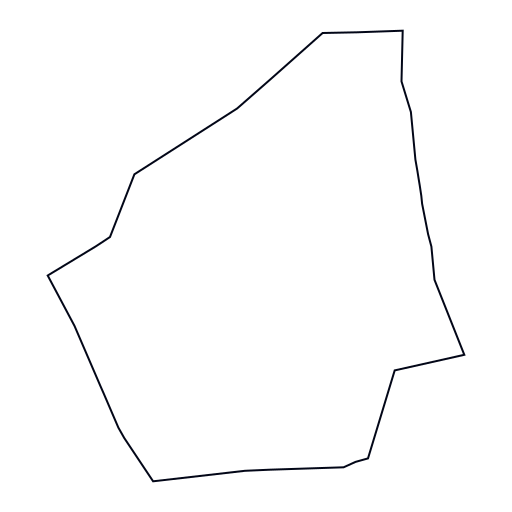 O'ndorshil, Dundgovi, Mongolia
{"feature_id": "93677404B66675280526983", "entity_name": "O'ndorshil", "entity_type": "district", "adm_level": 2, "iso_a3": "MNG", "parent_name": "Mongolia", "parent_adm1": "Dundgovi", "projection": "mercator", "projection_center": [108.243, 45.268], "detail": "fine", "context": "isolated", "style": "outline", "palette": "ink", "viewbox_px": 512, "rotation_deg": 0, "n_neighbors": 0, "source": "geoboundaries", "source_scale": "gbopen_adm2", "svg_char_len": 526}
<svg xmlns="http://www.w3.org/2000/svg" viewBox="0 0 512 512"><path d="M401.5,81.4L402.7,30.7L357.0,32.3L322.6,33.0L270.0,79.7L237.1,108.5L134.4,174.3L110.0,237.0L95.9,246.3L47.7,275.5L74.5,325.9L100.4,386.0L103.4,392.8L118.4,427.7L124.3,438.1L153.1,481.3L244.9,470.8L269.9,469.7L343.6,467.3L355.5,461.9L368.0,458.4L394.7,370.4L464.3,354.8L434.5,279.8L431.4,246.6L428.1,234.2L422.1,203.7L421.3,195.8L419.7,185.2L418.8,179.8L417.4,171.0L415.4,159.6L410.9,112.0L401.5,81.4Z" fill="none" stroke="#020617" stroke-width="2"/></svg>